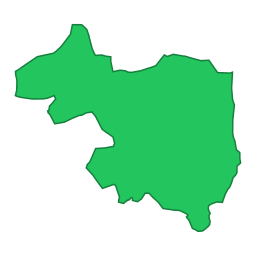 Warawa, Kano, Nigeria (Mercator projection)
{"feature_id": "59680162B63361885953813", "entity_name": "Warawa", "entity_type": "district", "adm_level": 2, "iso_a3": "NGA", "parent_name": "Nigeria", "parent_adm1": "Kano", "projection": "mercator", "projection_center": [8.76, 11.903], "detail": "fine", "context": "isolated", "style": "filled", "palette": "green", "viewbox_px": 256, "rotation_deg": 0, "n_neighbors": 0, "source": "geoboundaries", "source_scale": "gbopen_adm2", "svg_char_len": 2581}
<svg xmlns="http://www.w3.org/2000/svg" viewBox="0 0 256 256"><path d="M232.5,72.2L230.2,73.1L217.6,72.6L209.5,61.1L208.8,60.2L201.2,60.7L195.0,59.1L184.6,56.1L183.4,56.1L173.2,54.3L172.8,54.5L167.3,56.5L164.3,54.9L159.1,61.5L155.9,65.6L150.7,67.6L147.9,68.3L146.0,69.0L144.0,69.6L140.9,70.7L131.6,72.4L127.9,72.1L125.4,70.8L120.0,70.2L113.0,71.7L110.8,61.6L110.8,56.8L105.9,56.2L101.7,55.0L95.3,55.4L93.6,52.0L92.1,48.4L89.0,36.6L89.1,36.4L86.8,29.5L82.0,24.9L80.1,24.7L72.4,24.7L70.5,34.2L61.6,46.0L56.9,50.6L53.6,53.2L37.3,56.7L25.8,64.5L18.0,70.0L15.5,71.3L15.7,74.9L16.6,78.5L16.9,80.8L16.9,83.3L16.8,87.7L16.7,90.3L15.9,93.6L15.4,95.6L17.5,96.5L19.7,97.1L22.5,97.6L32.3,99.0L43.3,98.9L47.5,98.2L54.1,95.6L55.7,99.0L54.7,100.2L53.0,102.3L51.3,104.3L49.5,106.0L48.8,110.8L48.4,110.8L47.7,110.9L47.9,111.4L47.9,111.7L48.0,112.1L48.0,112.5L48.2,112.8L48.4,112.9L48.4,113.1L48.7,113.3L48.9,113.5L49.8,114.4L54.8,123.8L64.3,122.2L72.5,118.2L79.0,115.5L81.7,115.2L86.5,112.8L92.2,112.0L92.7,112.9L95.4,116.1L102.2,129.4L105.5,131.8L113.0,137.0L114.6,143.2L113.4,146.4L104.5,148.0L95.7,148.5L89.9,161.8L87.2,164.7L86.3,167.9L93.1,175.4L95.7,179.2L99.6,184.6L102.5,188.4L113.8,184.4L114.4,184.8L115.6,185.5L119.5,197.2L118.8,199.7L118.7,200.1L118.6,202.2L123.8,203.4L124.0,203.1L124.4,202.7L124.7,202.3L125.1,202.0L125.6,201.7L126.0,201.5L126.3,201.2L126.5,200.8L126.7,200.6L126.9,200.4L127.5,200.5L127.7,200.4L127.6,200.2L127.8,200.2L128.0,200.1L128.3,200.1L128.6,199.8L128.8,199.8L129.0,199.4L129.7,199.6L129.8,199.4L130.0,199.1L130.2,198.7L130.5,198.3L130.6,198.1L130.9,197.9L131.2,197.8L131.4,197.7L131.8,197.6L132.3,197.8L132.5,200.4L137.6,201.7L138.3,201.2L141.6,198.8L145.2,193.1L149.1,193.3L153.1,197.6L158.1,202.0L163.0,208.5L170.7,209.6L174.6,210.2L177.7,210.4L179.4,210.5L179.9,210.6L180.9,211.0L182.6,211.9L185.1,213.1L185.8,213.4L187.9,215.1L187.9,215.5L186.4,217.0L189.2,220.6L192.4,228.4L195.4,229.7L198.0,231.3L200.5,231.2L202.9,230.8L204.9,229.2L205.5,228.8L206.9,227.5L207.9,226.8L209.7,224.5L209.5,223.8L209.9,222.8L210.1,222.0L209.8,220.3L209.2,218.3L209.1,217.2L209.0,216.2L209.2,215.4L209.4,214.6L210.2,213.4L209.3,211.7L208.4,209.4L208.2,207.9L208.7,205.6L211.8,203.8L216.6,202.0L219.2,202.1L222.4,202.4L223.0,200.5L225.2,194.3L227.8,189.4L229.6,187.3L231.4,183.3L233.0,177.9L235.6,175.1L236.9,172.7L237.0,166.1L240.3,163.3L240.6,162.8L239.9,158.9L239.8,152.6L236.4,149.7L235.4,144.2L234.9,141.1L233.7,138.2L232.7,133.6L232.7,128.2L232.7,126.0L232.8,119.7L234.4,105.0L232.6,99.8L231.6,88.1L232.5,72.2Z" fill="#22c55e" stroke="#15803d" stroke-width="1.5"/></svg>